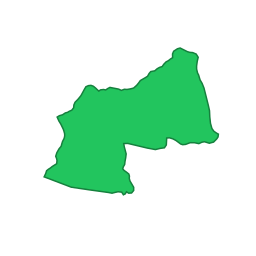 the district of Nova Palmeira, Paraíba, Brazil, rotated 148°
{"feature_id": "56859067B19664116937199", "entity_name": "Nova Palmeira", "entity_type": "district", "adm_level": 2, "iso_a3": "BRA", "parent_name": "Brazil", "parent_adm1": "Paraíba", "projection": "albers", "projection_center": [-36.429, -6.675], "detail": "fine", "context": "isolated", "style": "filled", "palette": "green", "viewbox_px": 256, "rotation_deg": 148, "n_neighbors": 0, "source": "geoboundaries", "source_scale": "gbopen_adm2", "svg_char_len": 1886}
<svg xmlns="http://www.w3.org/2000/svg" viewBox="0 0 256 256"><g transform="rotate(148 128 128)"><path d="M57.1,83.1L55.6,88.2L52.8,94.0L49.7,99.5L47.9,104.6L42.4,121.6L41.5,126.6L41.4,130.6L40.0,135.7L39.9,137.7L38.6,141.6L37.0,144.2L34.0,147.8L31.0,150.8L31.0,154.6L33.2,157.7L35.5,159.4L37.2,161.3L41.4,168.2L44.1,169.0L48.6,168.9L51.0,167.2L52.9,164.0L55.4,164.0L58.1,163.7L60.7,163.9L63.9,163.1L66.4,162.0L69.2,162.7L71.9,162.8L75.0,162.3L78.8,163.8L81.3,163.0L84.0,161.5L86.7,161.5L89.4,161.6L92.4,161.7L95.0,160.6L98.0,159.6L102.1,158.9L105.5,160.0L108.4,161.2L110.6,162.8L113.7,163.4L115.3,165.9L117.5,168.0L119.9,170.2L121.8,172.0L124.3,172.2L126.8,172.1L128.3,173.6L131.1,174.9L133.2,174.8L133.8,176.9L134.3,179.0L135.2,181.7L136.8,183.8L139.1,184.9L141.8,185.3L144.5,183.9L148.2,181.8L150.7,180.4L152.7,179.7L155.4,178.8L159.2,177.9L161.7,176.2L163.3,174.0L166.3,172.9L168.9,173.3L170.9,173.3L173.2,174.0L176.5,173.9L179.7,174.8L182.3,174.8L182.9,170.4L182.9,167.0L183.5,161.4L184.1,158.9L184.8,156.7L185.9,154.8L187.7,153.0L190.6,151.3L192.8,149.4L194.4,147.9L197.5,146.9L201.5,144.7L204.3,142.3L204.7,140.1L205.4,138.1L207.4,135.5L212.6,135.5L215.0,135.2L217.3,135.2L219.7,134.9L221.9,133.0L225.0,131.0L207.5,107.9L192.8,95.4L178.9,83.8L176.1,81.2L173.0,80.2L170.2,79.2L167.3,76.9L167.3,73.8L165.2,73.6L163.1,74.7L162.0,72.4L159.4,71.0L156.3,72.0L154.6,74.7L154.5,78.2L154.4,82.0L153.6,84.7L152.3,86.4L151.7,88.5L152.7,91.4L153.8,94.1L154.1,96.2L152.5,97.6L150.2,98.8L148.2,101.3L145.8,103.9L143.3,107.0L142.2,110.5L141.2,113.8L139.9,117.1L136.3,115.0L122.4,100.9L116.2,95.2L111.6,93.7L107.6,91.9L104.5,93.3L100.5,99.0L98.0,97.7L95.6,94.9L93.9,91.9L91.8,86.5L90.5,84.9L87.9,83.6L83.1,82.6L79.3,80.2L76.2,77.2L72.9,76.8L70.4,75.8L67.1,72.0L62.9,70.7L58.6,71.7L56.4,72.7L54.6,74.9L55.6,76.7L56.9,79.7L57.1,83.1Z" fill="#22c55e" stroke="#15803d" stroke-width="1.5"/></g></svg>